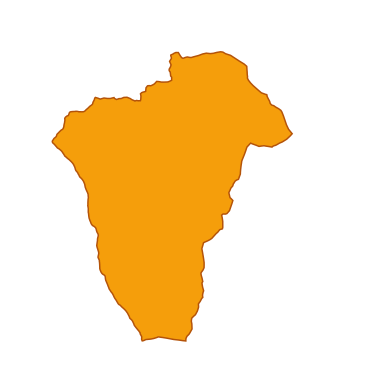 Goenkhame, Gasa, Bhutan, rotated 157°
{"feature_id": "84629894B91389840528768", "entity_name": "Goenkhame", "entity_type": "district", "adm_level": 2, "iso_a3": "BTN", "parent_name": "Bhutan", "parent_adm1": "Gasa", "projection": "equal_earth", "projection_center": [89.685, 27.795], "detail": "fine", "context": "isolated", "style": "filled", "palette": "amber", "viewbox_px": 384, "rotation_deg": 157, "n_neighbors": 0, "source": "geoboundaries", "source_scale": "gbopen_adm2", "svg_char_len": 5777}
<svg xmlns="http://www.w3.org/2000/svg" viewBox="0 0 384 384"><g transform="rotate(157 192 192)"><path d="M296.0,74.4L294.6,74.1L292.1,74.2L287.3,72.7L284.4,72.1L281.1,71.8L279.6,71.8L277.0,70.2L276.1,69.7L272.6,67.5L266.3,63.3L262.0,60.9L258.6,58.8L255.9,57.3L254.9,59.4L253.1,61.1L250.4,62.2L248.8,63.3L245.5,65.9L243.7,70.6L243.1,73.4L241.6,75.9L239.3,76.9L236.8,77.7L233.7,80.2L232.8,81.2L230.9,83.5L229.8,86.5L227.2,88.1L224.5,90.3L223.3,90.7L222.6,93.0L221.1,95.2L219.9,96.5L219.4,100.3L218.6,103.7L218.1,104.7L217.1,105.3L216.4,108.9L216.1,111.4L215.7,113.3L215.1,114.2L213.8,115.0L212.3,115.9L210.5,117.6L209.4,120.0L208.4,122.4L207.2,126.9L205.9,132.3L205.1,135.9L204.5,136.7L203.0,138.5L201.2,140.8L199.6,140.9L197.4,140.9L195.3,141.0L194.3,141.1L192.6,141.4L192.0,141.5L186.0,144.3L184.1,144.9L181.2,146.5L178.4,146.2L177.5,147.4L175.2,152.9L174.2,156.7L173.8,159.1L172.0,159.6L169.7,158.6L168.3,158.5L164.8,160.2L160.1,165.4L157.7,168.2L158.7,170.9L159.2,171.9L158.4,176.9L157.8,177.5L156.2,178.9L154.7,180.4L152.2,181.6L150.6,183.5L149.9,183.8L148.2,185.1L147.1,185.4L146.0,185.6L144.9,185.5L144.2,185.6L142.0,188.0L140.5,189.6L139.8,191.1L138.4,193.8L137.2,195.9L136.4,197.3L135.2,199.2L134.2,200.9L133.3,201.9L131.7,203.5L129.1,206.1L126.5,208.9L124.8,210.9L123.7,212.0L122.5,212.5L120.3,213.5L119.0,214.1L117.3,212.4L114.7,210.0L112.5,207.8L111.4,207.5L110.6,207.3L109.2,206.9L108.1,206.6L107.4,206.3L105.9,205.3L103.6,203.9L100.8,202.1L99.1,202.6L96.7,202.3L94.6,202.5L92.4,202.8L89.3,202.8L84.2,203.6L79.6,205.3L77.0,206.5L78.6,212.0L78.8,216.9L78.5,220.8L78.1,226.5L78.0,230.5L78.3,232.4L79.7,234.8L81.8,237.5L83.0,239.5L84.7,240.9L85.4,242.9L85.1,245.2L85.4,248.3L85.5,250.9L85.1,251.9L85.2,252.5L85.9,252.9L89.4,256.2L91.2,259.8L94.2,266.1L95.5,269.5L96.4,273.0L96.5,275.2L95.8,276.5L95.3,278.4L94.3,281.1L93.8,282.6L92.5,286.3L94.0,289.4L97.2,293.9L103.1,302.7L107.1,306.2L108.9,308.7L110.9,309.9L114.6,310.8L118.0,311.3L121.0,312.2L124.6,314.2L128.3,314.9L132.8,315.1L137.6,315.8L140.2,316.1L141.6,316.8L143.5,318.1L144.5,318.3L146.0,318.5L147.6,318.5L148.3,318.8L149.1,319.9L149.6,322.2L150.1,325.7L152.3,326.7L154.5,326.7L155.0,326.5L156.6,326.4L157.9,326.4L158.3,325.8L158.4,324.3L158.7,323.1L159.3,322.6L161.6,321.0L161.6,319.3L161.6,317.2L163.0,315.5L165.0,314.0L165.5,312.9L165.5,311.9L165.2,311.0L165.6,309.4L166.3,307.2L165.9,305.6L167.1,302.8L168.7,302.7L171.0,302.7L172.2,303.1L175.1,304.2L177.2,305.1L179.2,306.5L181.3,307.6L184.3,306.2L186.7,305.9L188.5,305.9L189.9,306.7L191.5,307.1L193.6,305.9L194.3,304.6L195.4,302.7L198.4,303.1L199.6,303.1L201.1,302.5L201.3,301.1L201.6,300.1L202.8,297.6L203.8,296.2L205.9,297.0L207.2,297.9L209.0,298.1L209.5,298.7L211.2,300.4L212.3,302.1L214.8,304.6L217.8,305.7L220.6,305.7L222.8,306.5L224.0,306.5L225.4,306.7L226.8,308.4L226.9,309.4L230.6,310.0L233.4,311.2L236.3,312.9L240.2,313.4L241.8,315.0L244.0,316.8L244.7,316.5L245.2,316.0L245.6,315.4L246.0,315.0L246.8,314.3L247.7,313.6L248.6,312.6L249.0,312.0L249.6,311.6L250.4,311.3L251.3,311.1L252.4,310.9L252.8,310.6L253.4,310.5L254.8,309.9L256.0,309.5L257.1,309.2L258.7,308.5L259.4,308.3L260.5,308.3L261.0,308.5L261.8,308.7L263.0,309.3L264.9,310.1L265.6,310.8L266.5,311.2L267.3,311.7L267.9,311.7L268.8,312.1L270.0,312.5L270.5,312.7L271.8,313.1L272.7,313.3L273.7,313.1L274.4,312.3L275.0,311.7L275.5,311.2L275.9,310.8L276.4,310.7L277.0,310.8L277.5,310.8L278.1,310.6L278.6,310.5L279.2,310.3L280.3,309.6L280.6,308.9L280.8,308.0L281.1,307.5L281.8,306.4L282.3,305.5L282.7,305.0L283.5,303.9L284.0,303.1L284.5,302.1L285.1,301.6L285.5,301.0L286.0,300.6L287.2,300.2L288.2,300.1L288.8,299.9L290.1,299.4L291.3,298.9L292.1,298.5L292.9,298.3L293.6,297.9L294.1,297.5L294.9,296.5L295.3,296.1L296.1,295.8L297.0,295.5L297.9,295.3L298.7,294.8L299.2,294.4L300.4,293.7L301.0,292.8L301.0,291.7L300.1,289.7L299.7,288.5L299.4,287.5L299.1,286.7L298.9,285.9L298.7,285.2L298.2,284.5L297.8,284.0L297.3,283.2L296.9,282.4L296.5,281.7L296.3,281.1L295.9,280.2L295.7,278.8L295.5,277.9L295.3,276.9L295.1,275.6L295.1,274.9L294.3,273.4L294.0,272.8L293.6,271.8L292.4,269.7L291.3,267.1L290.8,265.7L290.5,264.6L290.3,263.3L290.2,260.6L290.3,259.6L290.5,258.4L290.5,257.2L290.3,256.3L289.9,255.2L289.7,254.3L289.7,252.9L289.5,251.9L289.5,250.6L289.4,249.6L288.5,247.6L288.0,246.0L287.9,245.3L287.7,244.2L287.7,242.3L287.8,240.8L288.1,239.5L288.4,238.1L288.5,236.0L288.5,234.5L288.4,232.5L288.5,230.6L289.1,228.9L289.6,227.3L290.1,226.5L290.7,225.5L292.1,222.6L292.8,220.9L293.2,220.3L293.9,217.4L294.8,215.3L295.4,213.9L295.7,212.4L296.2,210.9L296.9,208.3L297.1,205.9L297.1,204.0L297.2,202.3L296.9,200.7L296.4,199.6L295.7,198.8L294.9,197.3L294.7,196.5L294.7,195.4L295.0,193.8L295.1,192.5L295.1,191.6L294.9,190.5L295.0,189.5L295.2,188.7L295.9,187.6L296.5,186.9L297.4,185.6L297.9,184.4L299.5,181.8L300.0,180.9L300.5,180.2L300.8,179.0L301.0,177.8L301.1,176.2L301.3,174.7L301.4,173.4L301.8,172.0L302.7,170.6L303.6,169.4L304.1,168.3L304.0,167.2L304.0,166.6L304.0,165.2L304.4,164.3L304.7,163.1L305.3,161.4L306.2,159.0L306.8,157.5L307.0,156.3L307.0,153.6L306.7,152.2L306.2,151.1L305.5,150.2L305.1,149.4L304.9,148.7L305.0,147.8L305.3,146.9L305.7,145.5L305.9,144.4L305.9,143.2L305.9,141.7L305.9,139.7L306.0,138.2L306.0,136.9L306.1,135.6L306.1,134.8L305.8,133.5L305.5,131.6L305.0,130.0L304.8,128.3L304.7,125.3L304.5,123.8L304.3,123.0L304.1,122.0L304.0,121.1L303.8,119.6L303.6,118.0L303.2,116.9L302.7,116.4L302.2,115.5L301.6,113.8L300.4,111.3L299.4,108.8L298.7,105.8L298.6,104.4L298.4,101.8L298.5,101.1L298.5,99.9L298.1,99.1L297.7,98.2L297.4,97.4L297.2,96.3L297.1,93.9L297.2,91.7L296.8,90.2L296.6,89.4L296.2,88.0L295.6,85.9L295.3,85.2L295.1,84.0L294.8,82.9L295.1,81.7L295.1,81.0L295.0,80.3L294.9,79.3L294.9,78.3L295.8,76.4L296.0,75.8L296.0,74.4Z" fill="#f59e0b" stroke="#b45309" stroke-width="1.5"/></g></svg>